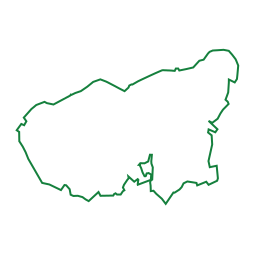 the district of Al Qurashi, Gezira, Sudan, rotated 89°
{"feature_id": "16777658B73110650377423", "entity_name": "Al Qurashi", "entity_type": "district", "adm_level": 2, "iso_a3": "SDN", "parent_name": "Sudan", "parent_adm1": "Gezira", "projection": "mercator", "projection_center": [32.662, 14.291], "detail": "fine", "context": "isolated", "style": "outline", "palette": "green", "viewbox_px": 256, "rotation_deg": 89, "n_neighbors": 0, "source": "geoboundaries", "source_scale": "gbopen_adm2", "svg_char_len": 2136}
<svg xmlns="http://www.w3.org/2000/svg" viewBox="0 0 256 256"><g transform="rotate(89 128 128)"><path d="M139.4,236.9L139.5,236.8L144.9,233.5L150.4,230.8L157.2,228.2L181.4,214.8L183.1,207.6L188.9,196.1L183.9,192.5L184.2,190.8L188.2,187.4L193.7,186.5L195.0,183.8L194.9,179.4L196.3,174.7L198.6,171.7L200.4,168.6L191.5,158.6L195.3,156.7L195.3,143.9L193.8,143.0L193.1,141.6L194.3,140.2L194.4,136.5L191.1,134.2L190.2,132.7L187.4,134.1L184.7,133.0L179.7,129.5L178.3,128.2L176.4,128.5L181.8,122.7L179.3,119.2L179.9,118.6L180.1,118.6L180.4,118.6L180.5,118.7L181.1,118.8L182.8,119.0L183.8,119.2L184.4,119.3L184.9,119.2L180.3,106.2L179.2,106.0L175.0,105.6L173.4,108.2L173.6,108.6L173.6,108.9L173.6,109.2L173.7,109.3L173.7,110.1L174.8,110.6L176.0,110.8L176.5,111.3L176.5,112.3L172.7,114.2L168.2,115.6L166.3,116.5L166.0,116.6L165.3,116.6L165.1,117.8L163.4,116.3L163.6,112.1L161.8,108.4L155.1,106.5L155.2,104.6L161.7,105.3L164.0,105.2L167.8,103.9L180.0,104.7L181.1,106.4L183.0,106.8L185.9,106.4L191.5,106.3L191.2,103.6L194.3,100.9L199.3,95.4L204.5,91.6L193.3,83.7L193.5,82.6L190.4,77.6L188.1,75.4L184.3,73.4L182.5,69.6L184.1,60.5L186.6,59.8L183.1,50.7L186.2,48.4L182.3,39.8L179.9,39.0L167.3,40.0L168.6,46.9L162.5,48.1L145.9,44.1L136.8,44.5L133.9,48.0L130.8,47.4L133.8,40.8L130.8,38.6L122.3,47.3L124.3,43.7L120.3,38.2L115.2,35.4L111.7,33.0L111.0,32.4L105.7,27.0L103.5,27.8L101.4,30.0L98.4,28.8L94.2,27.2L84.5,26.4L81.3,26.3L84.3,20.5L80.9,18.2L80.0,18.1L76.8,17.7L67.5,16.7L62.3,18.7L60.8,19.4L59.9,20.1L56.5,22.6L52.6,25.9L51.5,31.1L51.8,36.9L52.0,41.9L53.3,45.1L54.9,46.7L61.0,51.2L62.0,55.5L65.5,58.8L68.6,61.7L70.1,68.7L71.4,75.7L69.4,76.8L69.4,79.1L71.7,80.3L71.3,84.0L70.8,92.2L71.0,93.2L73.7,99.7L76.1,105.2L79.8,113.5L81.5,117.2L84.6,122.8L84.5,123.8L85.6,126.0L87.6,126.8L91.1,130.8L88.1,136.4L85.8,140.5L83.2,145.3L82.0,147.5L81.1,149.3L78.9,154.8L81.3,162.0L86.0,168.0L90.3,174.5L92.1,180.1L93.9,184.0L93.6,184.6L94.6,185.3L103.2,202.1L101.7,208.7L100.4,211.0L103.4,219.3L107.4,224.3L108.4,225.2L115.8,232.0L119.5,229.5L123.4,231.8L122.1,234.6L128.3,239.3L130.0,236.9L139.4,236.9Z" fill="none" stroke="#15803d" stroke-width="2"/></g></svg>